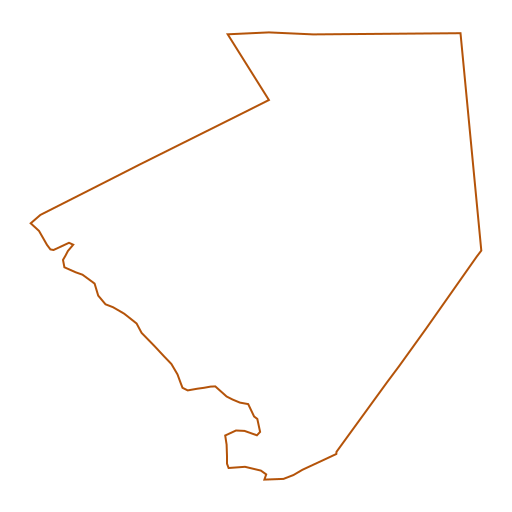 outline of Bababe, Brakna, Mauritania
{"feature_id": "47542326B74593484893275", "entity_name": "Bababe", "entity_type": "district", "adm_level": 2, "iso_a3": "MRT", "parent_name": "Mauritania", "parent_adm1": "Brakna", "projection": "mercator", "projection_center": [-14.01, 16.466], "detail": "fine", "context": "isolated", "style": "outline", "palette": "amber", "viewbox_px": 512, "rotation_deg": 0, "n_neighbors": 0, "source": "geoboundaries", "source_scale": "gbopen_adm2", "svg_char_len": 946}
<svg xmlns="http://www.w3.org/2000/svg" viewBox="0 0 512 512"><path d="M227.7,34.3L268.9,100.0L241.0,114.0L140.1,164.3L101.0,184.2L40.4,214.9L30.7,223.3L39.0,230.9L47.0,244.9L50.4,249.4L53.5,250.0L69.0,242.8L73.2,244.7L67.9,251.0L65.4,255.8L63.0,259.9L64.4,267.3L75.7,272.3L82.5,274.7L94.6,283.6L98.2,295.6L105.5,304.3L113.0,307.2L124.2,313.7L136.6,323.5L141.6,332.9L154.3,345.9L164.0,356.3L171.4,364.0L177.5,374.4L180.7,383.1L182.5,387.8L187.7,390.4L197.4,388.7L204.0,387.8L210.6,386.6L215.3,386.4L226.6,396.5L232.5,399.5L239.9,402.6L248.2,404.1L254.1,416.5L257.3,418.9L260.1,431.9L256.9,435.3L244.5,430.9L236.0,430.5L225.2,435.5L226.6,444.6L227.0,456.2L227.0,463.7L228.6,468.0L245.0,466.8L260.9,470.6L266.2,474.4L264.4,479.6L283.5,478.9L293.5,475.0L302.4,469.8L336.3,454.0L336.5,451.8L387.1,382.2L399.2,366.0L425.9,328.9L476.8,256.5L481.3,250.6L460.5,33.2L313.1,34.4L268.9,32.4L227.7,34.3Z" fill="none" stroke="#b45309" stroke-width="2"/></svg>